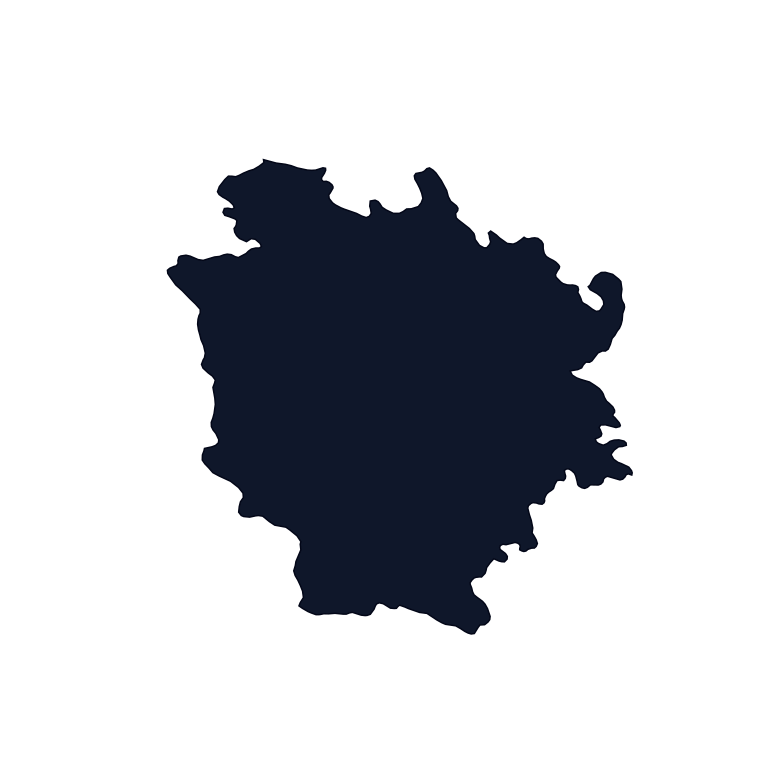 outline of Lahoysk, Minsk, Belarus, rotated 218°
{"feature_id": "67162791B73059269727639", "entity_name": "Lahoysk", "entity_type": "district", "adm_level": 2, "iso_a3": "BLR", "parent_name": "Belarus", "parent_adm1": "Minsk", "projection": "equal_earth", "projection_center": [27.771, 54.364], "detail": "fine", "context": "isolated", "style": "filled", "palette": "ink", "viewbox_px": 768, "rotation_deg": 218, "n_neighbors": 0, "source": "geoboundaries", "source_scale": "gbopen_adm2", "svg_char_len": 6171}
<svg xmlns="http://www.w3.org/2000/svg" viewBox="0 0 768 768"><g transform="rotate(218 384 384)"><path d="M314.4,156.8L310.2,157.0L303.7,157.9L300.4,158.8L295.5,160.4L292.7,162.7L290.0,165.9L286.4,168.6L281.5,173.1L274.7,177.4L272.0,179.5L270.2,182.5L268.3,184.6L259.7,187.8L256.3,189.9L254.8,191.3L253.0,194.1L253.2,200.5L254.1,203.4L254.5,206.0L253.1,208.6L249.3,210.4L241.0,211.3L237.6,213.5L236.1,214.9L236.1,217.1L235.6,219.3L230.3,221.1L226.4,222.1L215.3,225.9L208.9,229.7L197.2,230.6L191.4,231.5L187.6,232.5L178.6,237.6L173.2,238.4L168.0,238.8L164.5,239.5L161.4,240.7L159.2,243.0L160.0,250.3L160.0,253.2L156.5,256.3L155.5,260.5L155.6,263.4L157.3,266.2L164.1,270.7L168.8,272.7L172.6,273.4L180.0,273.2L183.3,273.3L186.3,274.8L189.3,277.2L192.7,279.2L193.8,280.4L194.0,283.5L193.6,286.5L192.5,288.3L190.0,290.8L188.3,292.0L187.8,297.1L188.8,299.9L190.1,302.5L190.3,308.1L189.9,313.9L184.4,315.3L181.9,316.4L179.6,318.0L179.2,321.8L180.7,324.1L183.9,325.2L190.6,325.1L192.2,326.3L192.9,328.3L191.7,330.9L188.9,332.5L183.2,339.8L180.8,340.9L178.2,341.0L176.3,339.5L176.0,338.3L175.0,336.9L172.7,337.3L170.7,338.1L169.3,339.8L168.8,342.3L166.6,345.6L164.5,347.3L164.1,349.7L164.9,352.7L168.1,354.9L172.1,356.6L175.6,357.8L178.1,362.1L184.0,367.2L189.1,370.6L194.3,374.7L195.3,377.0L194.6,380.5L193.6,382.2L190.6,384.1L188.1,384.9L185.4,386.6L184.8,388.9L185.4,390.8L186.9,392.3L187.7,394.9L188.1,397.5L187.7,400.2L186.6,403.4L186.1,405.9L187.6,410.2L188.2,414.5L186.0,416.7L183.0,418.5L183.0,421.2L184.2,423.3L186.4,424.9L188.7,426.9L187.8,429.6L185.7,431.0L182.8,431.3L179.0,431.0L176.3,429.6L172.0,426.3L169.3,424.0L167.5,423.6L164.1,424.1L161.6,425.3L160.1,427.8L159.3,431.6L152.9,436.4L151.5,438.7L151.2,441.6L152.5,444.5L152.2,446.9L151.0,448.9L139.0,453.7L137.3,456.0L136.9,459.0L137.3,461.8L136.1,463.6L132.7,464.8L133.7,466.8L135.6,468.1L139.9,469.2L148.0,467.4L151.4,466.3L156.7,466.1L161.4,468.0L161.9,469.9L161.9,473.9L160.5,479.0L157.7,481.5L155.3,484.9L156.9,486.6L159.7,486.8L164.5,484.6L168.1,481.5L170.5,478.1L171.5,474.3L173.6,470.7L178.3,469.2L181.2,469.2L183.8,470.9L182.0,473.7L180.9,476.6L181.7,478.8L185.1,480.9L187.7,482.1L188.0,485.1L184.3,488.2L174.4,492.5L172.0,495.6L172.3,496.9L174.6,498.2L181.7,499.7L183.9,499.7L184.9,501.3L184.9,503.7L186.2,505.3L189.4,506.8L194.9,507.4L198.1,507.5L202.2,509.2L204.9,511.0L207.3,512.0L211.4,512.9L217.0,512.7L223.3,512.1L231.9,508.7L236.1,507.4L241.1,506.9L245.3,508.8L243.7,510.8L240.2,514.6L238.2,518.4L238.7,521.6L238.4,525.5L235.4,527.7L234.4,530.3L234.5,540.2L232.3,544.5L229.8,546.3L228.8,549.5L230.0,554.5L232.3,560.3L232.1,564.4L232.8,569.3L232.8,572.9L233.8,576.8L235.6,580.9L239.3,586.5L240.8,590.8L241.8,592.7L243.8,594.6L247.5,596.2L249.7,597.8L251.8,600.0L254.9,605.2L260.4,610.5L263.6,611.1L271.3,611.2L278.3,608.3L281.5,605.6L283.8,599.2L283.8,596.0L282.5,588.6L283.0,586.4L279.5,585.3L271.8,586.5L266.6,586.4L262.4,584.7L259.7,582.0L259.1,576.7L259.2,574.3L261.6,571.8L265.8,571.2L272.8,571.1L276.7,570.4L278.8,570.7L281.2,572.4L283.7,573.8L287.7,575.5L288.9,578.2L291.1,579.9L293.6,579.5L296.4,578.1L298.1,576.6L300.6,574.9L304.8,573.3L307.5,573.2L314.2,574.1L316.2,575.7L317.0,579.6L317.2,583.1L318.0,584.7L320.0,585.4L323.6,585.8L326.4,585.6L331.1,584.7L334.6,584.4L338.0,585.5L339.8,586.9L341.8,588.6L344.8,592.3L347.8,593.5L352.4,593.5L355.2,592.0L357.4,589.9L358.7,588.1L359.9,587.0L361.7,586.1L364.0,585.9L364.9,581.9L366.4,577.0L368.3,573.8L373.5,570.6L383.0,570.2L387.2,570.6L394.1,570.2L394.7,567.2L392.6,566.0L390.5,563.9L387.5,561.7L386.7,559.1L386.9,554.6L389.0,552.9L394.1,552.0L401.1,554.0L403.6,556.4L405.8,557.9L412.5,559.1L426.7,559.1L429.4,559.4L432.6,562.5L432.7,566.0L433.9,568.0L436.6,569.0L444.0,569.1L448.7,571.2L453.7,575.0L464.1,579.6L473.1,582.3L477.0,582.7L481.2,582.3L482.8,580.1L483.2,576.8L484.3,574.3L488.5,569.5L488.3,566.7L485.7,564.4L481.0,562.5L476.4,560.3L471.8,557.6L467.6,554.2L466.2,549.6L466.2,544.9L470.4,538.8L473.9,535.9L475.1,531.6L476.9,528.0L481.7,524.2L489.4,522.5L494.3,522.1L498.1,523.5L501.0,524.1L504.2,523.4L507.5,519.7L504.7,515.3L502.3,513.6L499.1,510.6L498.8,507.1L500.5,504.2L505.0,502.6L510.7,501.5L523.0,497.3L526.5,496.3L532.6,495.2L536.1,495.1L541.4,496.4L544.0,499.0L544.0,501.3L544.8,506.9L545.6,508.0L547.7,509.0L551.5,509.1L554.3,508.2L556.5,506.2L558.7,506.4L560.2,508.1L560.7,513.4L561.6,516.6L562.9,518.0L565.2,516.8L569.6,510.4L572.6,507.8L576.1,505.4L585.3,500.9L591.5,498.9L597.0,496.4L605.0,491.7L617.1,486.6L615.0,484.6L616.5,478.7L618.8,472.9L621.7,468.8L624.6,463.6L626.6,459.2L628.5,456.0L631.6,454.2L634.6,452.0L635.3,447.1L635.3,438.2L633.6,433.0L630.6,431.8L625.9,432.0L623.2,432.5L618.5,432.9L613.3,432.3L610.5,430.8L611.2,428.5L615.3,426.4L617.8,424.0L616.6,420.2L613.3,418.9L609.1,420.5L603.3,422.3L600.6,422.3L598.3,418.3L597.9,416.4L597.9,414.3L595.2,411.8L591.5,410.2L587.4,409.7L580.0,411.5L578.2,416.7L574.5,418.8L568.2,418.5L565.3,417.0L565.8,414.5L568.8,412.2L571.6,408.7L572.6,405.2L573.0,401.9L576.6,394.0L579.6,392.7L584.0,391.9L587.5,389.8L589.8,387.1L592.1,383.3L595.8,379.7L602.6,370.1L607.1,367.6L615.5,365.4L619.3,363.6L623.0,359.7L623.8,357.7L622.4,354.4L620.4,352.2L620.4,349.2L621.9,347.3L624.1,343.3L624.7,340.3L622.4,338.0L618.7,336.7L609.2,333.9L600.2,333.3L589.6,331.8L581.8,331.0L574.8,329.7L572.4,326.6L571.9,324.0L570.4,320.5L567.7,316.4L563.5,312.4L558.9,309.0L555.5,306.3L549.8,303.2L543.8,298.3L541.6,294.0L541.4,291.9L539.9,287.1L536.4,285.1L529.4,284.5L524.1,284.6L519.4,283.3L518.1,280.4L516.7,276.0L508.5,268.6L504.3,264.0L499.7,256.1L497.8,251.6L496.5,247.4L493.8,244.2L490.3,242.5L486.0,241.5L479.9,238.4L478.3,235.7L478.9,231.9L480.9,228.6L485.8,222.7L484.7,220.4L483.4,216.3L480.4,212.2L476.0,210.8L470.3,210.0L464.3,208.8L457.3,210.0L445.0,212.9L434.9,212.9L427.9,211.2L424.9,207.9L424.6,202.8L422.6,198.3L419.6,193.5L415.5,192.5L412.9,193.2L407.9,196.4L403.9,201.2L401.9,203.1L398.2,205.2L389.5,205.0L383.2,205.5L373.1,210.8L368.5,211.0L359.1,210.8L352.4,208.6L351.4,206.2L347.4,202.1L344.1,189.9L342.1,186.3L340.1,181.2L336.1,178.4L331.1,176.4L326.0,173.8L320.7,170.7L316.0,166.1L315.4,160.2L314.4,156.8Z" fill="#0f172a" stroke="#020617" stroke-width="1.5"/></g></svg>